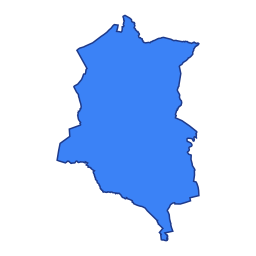 Tepetitlán, Hidalgo, Mexico (Natural Earth projection)
{"feature_id": "50627088B38854770876072", "entity_name": "Tepetitlán", "entity_type": "district", "adm_level": 2, "iso_a3": "MEX", "parent_name": "Mexico", "parent_adm1": "Hidalgo", "projection": "natural_earth1", "projection_center": [-99.392, 20.189], "detail": "fine", "context": "isolated", "style": "filled", "palette": "blue", "viewbox_px": 256, "rotation_deg": 0, "n_neighbors": 0, "source": "geoboundaries", "source_scale": "gbopen_adm2", "svg_char_len": 5756}
<svg xmlns="http://www.w3.org/2000/svg" viewBox="0 0 256 256"><path d="M198.9,43.7L198.1,43.1L197.5,43.1L196.9,43.2L196.3,43.6L196.0,43.5L195.5,42.9L194.9,42.8L194.4,42.2L194.0,42.2L193.5,42.6L193.2,42.5L192.7,42.9L191.9,43.1L191.6,43.4L190.2,42.9L189.1,42.8L188.8,42.4L188.1,42.4L187.4,41.6L187.0,41.5L185.8,41.6L185.3,41.3L184.5,41.8L184.1,41.5L183.4,41.4L182.8,41.7L182.2,41.7L176.9,40.7L176.1,40.4L173.6,40.6L171.0,39.3L163.6,37.4L162.7,37.5L161.7,37.7L160.7,38.2L158.7,38.4L157.7,38.8L154.3,40.5L153.1,40.7L152.5,41.4L151.5,41.6L150.8,41.9L150.2,42.7L148.6,42.4L145.4,42.9L144.8,42.7L144.4,42.4L143.7,42.4L143.0,41.4L143.0,40.8L142.8,40.6L142.5,40.6L142.2,38.9L141.4,38.8L140.4,37.7L139.4,37.8L139.1,37.5L138.8,37.1L138.5,35.4L138.7,35.2L139.1,35.0L139.4,34.4L139.3,33.8L139.1,33.4L138.6,33.0L138.0,31.7L137.5,31.7L137.4,31.8L136.4,30.5L135.5,29.9L135.4,29.1L135.0,28.5L134.1,27.8L134.9,25.6L134.4,24.5L134.4,24.0L134.6,23.8L134.7,23.5L134.3,22.6L133.7,22.3L133.4,22.5L133.2,22.4L131.7,21.5L131.5,19.8L131.4,19.5L129.8,18.1L125.0,15.4L123.3,16.2L123.0,16.6L123.0,16.8L123.3,17.6L123.7,18.7L123.7,20.1L124.0,20.2L124.3,20.6L124.3,20.9L124.3,21.2L123.8,22.1L123.7,22.7L123.8,23.2L123.4,23.8L123.3,24.4L123.4,24.8L123.9,25.5L123.8,26.0L123.5,26.7L123.1,26.8L123.0,26.6L122.7,26.6L122.2,26.7L122.2,28.1L122.2,29.2L122.0,30.7L121.8,31.3L120.9,32.2L119.5,31.7L116.6,31.4L117.6,27.9L118.1,25.1L114.3,24.6L113.0,25.7L111.0,28.3L109.3,29.7L106.8,32.3L104.1,34.4L101.0,36.5L92.7,42.8L84.9,46.3L83.8,46.9L79.8,48.1L78.2,49.1L77.7,49.7L76.9,50.3L87.0,68.5L86.6,68.8L86.0,69.8L85.7,72.3L85.3,73.8L85.1,74.0L83.8,74.0L83.5,74.4L82.8,76.6L81.6,79.5L77.7,84.2L75.3,85.5L74.3,86.1L73.9,86.6L73.9,86.9L76.5,92.0L78.4,94.5L78.6,96.6L79.4,98.8L79.5,99.8L80.7,103.7L81.2,106.5L80.8,108.7L80.2,108.8L80.2,109.5L79.5,111.1L79.2,111.3L78.5,111.3L78.6,111.8L78.5,112.2L78.0,112.6L78.2,113.3L77.7,115.3L78.0,115.7L77.9,116.8L78.2,117.6L78.3,118.7L78.7,119.8L80.0,121.7L80.6,122.3L80.0,123.2L80.0,123.6L80.4,124.0L80.6,124.8L80.4,125.1L69.3,129.1L69.8,136.4L60.1,143.4L58.7,150.4L57.1,160.2L58.9,160.9L65.4,162.9L66.7,162.0L67.3,161.3L67.7,161.2L68.9,161.3L69.5,162.1L70.6,162.7L70.7,163.1L71.0,163.3L71.6,163.3L72.2,163.1L74.7,162.9L75.1,162.6L75.9,161.4L76.4,161.1L77.2,161.3L78.0,162.3L78.6,162.5L80.4,162.0L80.6,161.8L81.2,162.0L83.0,162.0L85.1,162.9L85.3,161.8L87.7,163.0L86.2,164.9L88.4,166.1L88.1,167.1L90.6,167.6L90.9,168.4L91.1,168.4L91.4,168.7L91.5,168.9L92.9,170.0L94.4,170.8L93.2,171.9L93.7,173.6L94.4,174.5L94.3,175.1L94.7,176.1L94.8,176.9L95.1,177.2L95.2,177.7L95.6,178.1L95.4,179.0L96.2,180.2L97.1,180.9L97.1,181.2L97.0,181.6L97.5,182.9L98.5,183.5L99.1,184.5L99.1,185.1L99.3,185.5L99.6,185.5L99.8,186.2L100.1,186.7L100.2,187.8L100.3,188.5L100.8,189.1L101.2,189.1L101.6,190.1L102.7,190.5L102.7,191.3L102.9,191.8L103.5,192.1L104.0,191.9L104.7,192.0L106.3,192.4L107.2,192.1L107.4,192.2L108.0,191.8L109.0,192.1L109.8,192.1L110.3,192.4L110.8,192.0L111.9,192.1L112.2,192.2L112.5,192.6L115.2,192.9L115.7,193.7L116.9,193.0L117.4,193.4L117.8,193.6L118.6,193.3L119.2,193.3L119.6,193.6L119.9,194.1L120.9,194.9L121.2,195.8L121.6,196.0L122.0,196.9L123.1,197.7L124.2,197.9L124.9,198.6L125.6,198.8L126.3,198.2L126.4,197.6L126.9,197.8L126.8,198.5L129.8,199.5L132.3,200.7L132.1,202.0L132.4,202.2L132.7,202.0L132.9,202.2L133.4,202.7L133.6,203.6L133.8,203.7L137.1,205.2L139.9,206.1L142.1,206.5L145.1,208.0L147.3,210.8L156.7,220.0L157.0,220.7L157.5,220.6L157.3,221.6L158.2,223.4L158.4,223.5L158.4,224.2L158.7,224.3L162.9,228.4L162.4,228.9L159.4,232.5L161.2,234.3L160.7,234.8L160.8,235.3L161.3,239.7L162.1,240.0L163.7,240.0L165.1,240.5L165.7,240.6L166.6,240.6L167.3,240.2L167.5,239.7L167.0,239.2L167.4,239.0L167.0,238.6L167.5,238.3L167.1,237.9L167.0,237.3L167.7,236.9L167.3,235.8L167.5,235.7L167.2,235.1L166.9,235.3L164.9,232.9L172.8,231.2L171.5,227.6L171.0,225.7L170.8,224.8L170.9,223.7L170.4,222.3L169.6,219.0L169.2,214.7L168.4,212.7L167.8,211.5L167.3,210.9L167.4,210.1L169.5,206.9L170.1,205.3L170.6,204.6L172.5,203.2L174.4,202.7L174.7,202.8L174.8,203.1L174.9,203.9L180.3,204.0L185.1,202.6L190.5,200.8L189.9,197.8L198.9,195.6L198.6,190.4L198.1,187.2L197.0,183.8L196.1,182.0L193.6,181.3L194.5,175.1L194.4,170.6L194.8,170.3L194.6,169.9L194.8,169.5L194.7,169.3L192.4,165.6L192.2,164.0L191.0,159.4L191.2,155.1L188.7,154.2L187.4,152.3L187.6,151.8L188.6,151.1L189.2,150.3L189.3,149.4L188.9,148.2L188.9,147.8L189.1,147.4L189.6,147.0L191.1,146.4L191.6,146.1L191.9,145.5L192.0,145.0L191.7,144.2L191.2,143.4L190.3,142.7L188.0,141.6L187.4,141.5L187.2,141.1L187.0,140.1L187.0,139.1L187.1,138.8L187.4,138.4L188.5,138.2L191.1,138.5L192.0,138.8L192.3,139.1L193.1,140.8L193.3,141.0L193.7,141.1L193.9,141.0L194.2,140.3L194.3,139.7L194.0,138.4L194.0,137.3L194.1,137.1L194.4,136.9L194.8,136.8L196.4,137.8L196.4,137.1L196.1,136.5L196.4,135.2L196.4,134.6L196.3,134.2L195.9,133.9L196.0,133.4L196.7,132.7L196.7,131.6L189.4,125.8L182.0,120.7L175.4,117.8L175.6,116.7L176.2,115.9L176.2,115.4L175.6,115.0L175.5,114.7L175.5,114.1L176.2,112.1L176.4,110.9L177.3,110.2L177.2,109.5L177.2,109.1L177.4,109.0L177.9,109.0L178.4,107.4L179.0,107.0L179.3,106.4L180.1,106.1L180.4,105.6L180.9,105.3L181.1,105.2L181.7,102.8L181.4,100.9L180.1,99.4L179.4,97.2L179.7,95.2L179.5,94.4L177.8,91.4L177.4,90.6L177.4,89.3L178.1,87.8L178.0,87.3L178.2,87.0L178.6,86.7L178.9,86.2L179.0,84.6L180.8,73.6L179.3,66.3L180.2,65.3L181.8,64.5L182.3,63.8L183.1,62.5L186.4,60.4L188.1,58.6L188.1,58.2L188.5,57.8L189.3,57.7L189.7,57.4L190.8,56.5L192.2,54.9L192.7,54.4L192.8,53.5L192.7,52.2L193.7,50.3L193.7,49.7L193.8,49.5L193.7,49.0L193.9,48.7L194.3,48.4L194.7,47.7L195.3,46.9L195.3,46.6L195.5,46.4L196.4,46.1L196.7,45.7L197.2,45.6L197.8,44.9L198.1,44.9L198.4,44.3L198.9,43.8L198.9,43.7Z" fill="#3b82f6" stroke="#1e3a8a" stroke-width="1.5"/></svg>